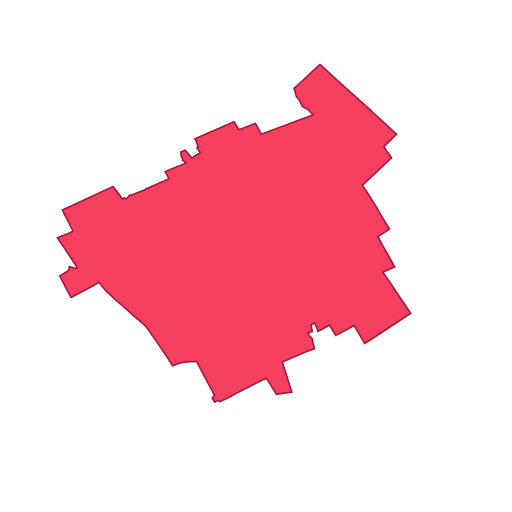 the district of Cudalbi, Galati, Romania, rotated 151°
{"feature_id": "2599482B47411249662534", "entity_name": "Cudalbi", "entity_type": "district", "adm_level": 2, "iso_a3": "ROU", "parent_name": "Romania", "parent_adm1": "Galati", "projection": "mercator", "projection_center": [27.714, 45.778], "detail": "fine", "context": "isolated", "style": "filled", "palette": "rose", "viewbox_px": 512, "rotation_deg": 151, "n_neighbors": 0, "source": "geoboundaries", "source_scale": "gbopen_adm2", "svg_char_len": 4122}
<svg xmlns="http://www.w3.org/2000/svg" viewBox="0 0 512 512"><g transform="rotate(151 256 256)"><path d="M266.7,383.1L267.4,383.0L268.2,383.0L268.5,383.0L270.1,383.2L271.2,383.4L271.6,383.5L272.7,380.1L273.0,379.2L273.3,376.5L273.4,376.2L274.0,375.1L273.4,374.8L271.9,371.3L272.6,371.3L289.2,373.3L294.6,373.9L294.6,365.8L315.1,367.6L320.3,368.1L321.9,367.7L322.8,368.0L336.7,370.0L337.0,370.5L341.5,368.9L342.8,370.1L343.0,370.9L343.3,370.9L345.5,370.9L345.6,374.9L346.4,380.5L347.2,386.1L394.3,389.5L395.8,389.6L399.8,389.9L403.0,390.2L403.1,388.5L403.3,385.9L403.4,382.6L403.4,381.5L403.4,380.3L403.6,376.4L403.6,375.6L403.6,374.9L403.7,374.1L403.8,372.2L404.0,366.7L404.5,366.4L408.2,366.6L413.4,367.3L414.8,367.5L416.6,367.7L417.3,367.8L417.5,367.9L419.5,368.1L420.3,368.1L420.9,368.2L419.6,353.7L418.1,334.9L418.0,332.7L418.6,332.1L420.4,333.3L421.6,334.4L422.3,335.2L423.8,336.6L424.3,337.0L424.6,337.2L424.8,337.1L425.4,336.0L425.6,335.5L426.2,334.5L426.3,334.4L430.9,334.0L437.4,333.6L437.8,316.8L437.9,311.5L437.9,310.8L437.9,310.4L437.9,310.0L437.8,309.6L437.7,309.4L437.4,309.3L436.0,309.3L433.7,309.3L433.3,309.3L425.8,309.2L423.1,309.0L420.5,308.9L417.2,308.9L416.1,308.9L413.1,308.9L407.9,309.0L406.3,309.1L406.1,309.1L405.2,303.6L403.7,295.8L403.1,295.4L402.3,292.1L401.4,289.9L399.9,285.3L398.4,281.0L397.6,279.4L396.0,274.7L393.3,266.6L392.8,265.0L392.3,263.5L392.1,263.0L390.4,258.8L387.1,249.9L386.7,248.2L386.3,246.1L386.0,243.6L385.6,241.1L385.5,238.7L385.4,237.7L384.9,233.8L384.2,227.0L383.7,221.4L383.2,215.8L382.7,210.3L382.5,205.2L382.5,204.4L382.2,201.9L382.2,201.7L382.2,201.0L382.2,200.6L382.2,200.4L381.1,200.2L380.6,200.1L379.3,199.9L377.6,199.7L375.9,199.5L374.2,199.1L373.0,198.8L372.5,198.6L371.3,198.3L369.8,197.6L368.1,196.9L366.9,196.4L365.6,195.8L364.4,195.2L363.9,195.0L362.6,194.2L359.1,192.7L359.1,192.3L359.1,191.6L359.3,183.8L359.5,173.4L359.7,163.0L359.7,160.8L359.9,154.3L363.2,153.1L363.0,148.1L360.2,148.4L359.2,147.7L358.7,147.0L358.4,146.2L354.9,145.9L351.3,145.6L350.7,145.5L349.9,145.5L349.2,145.5L337.3,145.4L329.2,145.1L328.3,145.0L324.6,144.9L323.8,144.9L313.5,144.5L309.0,144.3L308.5,144.0L306.2,144.1L305.7,136.6L305.6,132.6L305.3,127.3L305.2,125.1L300.5,123.3L298.0,122.4L290.7,119.5L284.3,150.5L276.2,149.7L266.2,148.7L261.2,148.2L256.1,147.6L252.1,146.9L249.7,146.5L249.5,147.3L248.8,150.1L248.5,151.6L248.3,152.6L247.2,155.2L246.9,156.8L247.1,157.4L247.4,158.4L247.8,159.4L247.9,159.5L248.0,160.2L248.0,160.5L247.9,161.6L247.9,162.1L248.0,162.6L248.0,163.6L243.2,162.6L243.1,163.5L242.2,166.1L241.6,167.8L241.4,169.2L237.0,168.8L238.4,160.0L225.2,159.8L224.8,147.9L224.2,147.9L215.0,147.7L203.9,147.5L203.5,133.7L203.3,126.7L179.5,128.4L172.0,129.0L155.7,130.3L151.7,130.6L148.4,130.8L148.6,132.3L150.4,153.3L151.9,170.8L152.8,180.4L142.3,179.4L140.0,179.2L140.0,184.7L140.1,213.8L126.2,214.8L126.3,219.0L126.5,221.9L126.6,224.8L126.7,227.7L126.9,238.5L127.5,252.7L127.7,254.9L128.7,266.2L121.3,268.2L106.8,271.8L96.9,274.4L89.8,276.1L91.3,289.6L74.1,294.4L79.4,310.7L86.8,332.8L86.8,333.0L97.8,364.6L97.9,364.9L106.9,391.8L107.0,392.1L107.2,392.4L107.5,392.5L118.0,389.9L125.1,388.1L134.6,385.8L136.8,385.2L140.1,384.5L141.4,384.3L141.7,384.0L141.8,383.3L141.8,382.2L141.9,381.2L142.5,379.5L143.0,377.9L143.3,376.5L143.4,376.0L143.1,374.6L142.7,371.8L142.8,369.0L142.8,367.1L143.0,364.6L142.3,363.3L141.5,361.8L140.5,360.2L139.7,359.3L139.4,358.8L139.3,358.5L139.1,357.6L138.9,356.6L138.7,355.2L137.9,353.4L137.6,352.0L137.7,351.9L142.0,352.4L146.0,353.0L148.2,353.4L151.3,353.9L156.6,354.7L159.1,355.0L160.0,355.2L160.9,355.3L164.7,355.8L167.1,356.1L172.3,357.0L174.5,357.3L178.2,357.8L180.1,358.2L182.6,358.5L186.0,359.0L191.6,359.7L192.2,359.8L192.2,372.4L196.6,372.8L197.8,373.1L202.5,373.7L209.2,374.6L209.4,375.0L209.9,375.3L209.8,375.8L209.9,376.1L209.7,376.4L209.8,377.2L209.9,379.7L210.1,384.1L245.7,387.5L252.1,388.1L252.7,388.1L252.6,387.4L252.8,384.6L253.1,382.1L253.9,380.6L253.9,379.3L255.2,379.3L254.9,375.5L254.8,373.2L257.5,373.2L258.2,373.4L263.7,372.8L264.5,372.7L266.7,383.1Z" fill="#f43f5e" stroke="#9f1239" stroke-width="1.5"/></g></svg>